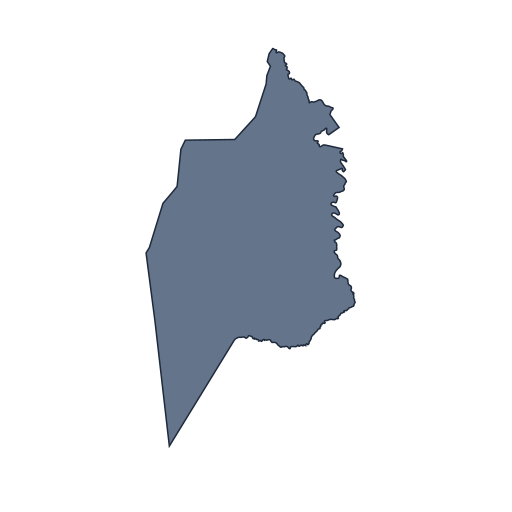 the district of San Pedro Sula, Cortés, Honduras, rotated 284°
{"feature_id": "27666195B7809661399251", "entity_name": "San Pedro Sula", "entity_type": "district", "adm_level": 2, "iso_a3": "HND", "parent_name": "Honduras", "parent_adm1": "Cortés", "projection": "robinson", "projection_center": [-88.073, 15.5], "detail": "fine", "context": "isolated", "style": "filled", "palette": "slate", "viewbox_px": 512, "rotation_deg": 284, "n_neighbors": 0, "source": "geoboundaries", "source_scale": "gbopen_adm2", "svg_char_len": 6170}
<svg xmlns="http://www.w3.org/2000/svg" viewBox="0 0 512 512"><g transform="rotate(284 256 256)"><path d="M461.3,222.0L455.5,219.8L447.4,219.9L443.6,224.1L433.7,222.9L425.3,224.2L391.0,221.8L363.9,207.2L351.3,159.4L341.5,157.3L304.5,162.6L299.6,160.4L284.6,153.0L238.5,150.5L232.3,148.6L168.4,173.7L50.6,217.9L168.5,255.1L170.6,256.0L172.6,258.3L173.2,259.7L173.5,261.4L174.4,263.3L174.6,264.2L173.8,265.8L173.9,266.4L174.5,266.9L174.8,267.4L175.7,267.8L176.7,268.0L177.1,268.5L176.9,269.9L176.8,271.5L176.5,271.9L175.4,272.7L175.2,273.2L175.2,273.4L175.8,274.1L175.0,274.5L175.1,274.9L175.7,275.8L175.6,276.1L175.1,276.6L175.4,277.6L175.4,278.0L175.1,278.5L174.2,279.0L174.1,279.3L174.3,279.7L174.9,280.0L175.1,280.4L174.5,281.7L174.5,282.0L175.1,282.5L176.1,282.6L176.5,283.5L176.9,283.8L176.9,284.1L176.3,284.4L176.2,284.7L176.9,285.4L176.9,286.9L178.0,288.7L178.1,289.4L177.9,290.4L176.7,291.3L176.0,292.5L176.6,294.4L176.7,295.4L176.7,296.1L176.0,297.6L175.2,298.4L173.5,301.8L173.6,302.5L174.3,302.8L174.3,303.6L174.7,304.7L174.7,305.3L175.4,306.3L175.5,307.2L175.7,307.9L175.5,308.8L174.4,310.2L174.2,311.1L174.4,311.4L174.8,311.6L175.9,311.5L176.4,311.8L176.9,312.9L177.4,315.3L177.6,316.6L178.3,317.4L179.6,318.2L178.9,319.3L178.9,319.9L179.0,320.1L180.0,320.8L180.5,321.4L180.5,321.7L180.1,322.8L180.4,323.5L181.0,323.4L181.2,323.6L181.3,324.1L181.1,325.1L181.6,325.5L181.3,325.9L182.4,325.8L183.0,326.2L183.1,326.7L182.5,327.7L182.7,328.0L183.4,328.4L184.3,328.6L185.7,328.3L186.4,328.8L189.0,329.5L190.9,329.3L192.0,329.8L192.9,330.0L193.7,330.9L195.5,331.7L198.2,333.4L200.0,334.0L201.1,335.6L202.3,335.3L203.2,335.9L204.3,335.5L204.7,335.5L205.3,336.5L205.7,336.6L206.5,336.5L206.9,336.7L207.1,337.3L207.1,338.5L207.7,339.2L208.1,339.2L208.5,338.7L209.0,338.3L209.7,338.3L210.1,338.8L210.8,341.0L212.2,342.7L212.4,343.7L212.8,344.4L212.9,346.3L213.1,347.2L213.4,347.9L214.9,349.3L214.8,350.3L215.0,350.6L215.7,351.0L216.6,350.4L217.2,350.4L219.2,351.9L220.8,352.2L222.1,354.1L223.1,355.3L223.5,355.2L223.7,354.6L224.0,354.6L224.2,354.8L224.5,355.2L224.8,356.7L225.1,357.3L226.5,357.8L227.2,358.7L228.1,358.8L229.2,360.6L230.3,361.8L230.8,362.7L231.9,362.8L232.2,363.0L232.9,362.8L235.0,363.4L235.6,363.1L235.9,362.6L236.2,362.5L237.6,362.1L238.8,360.9L240.1,360.8L242.0,360.0L242.9,360.0L242.6,359.3L242.8,359.1L243.4,359.1L243.7,359.0L244.2,359.3L244.5,357.8L245.6,356.4L246.1,356.3L248.0,356.4L249.1,355.9L249.8,355.3L250.6,353.0L251.1,352.5L253.0,351.4L254.6,351.1L255.7,350.5L256.7,346.8L256.9,345.2L257.5,343.7L257.7,342.6L257.6,342.0L257.4,341.7L256.8,341.6L256.1,341.9L255.0,341.8L254.4,341.4L254.1,340.9L253.7,339.3L253.7,338.1L254.1,337.4L255.6,336.8L258.0,336.5L259.8,336.8L261.2,337.3L263.6,338.5L265.8,340.1L268.1,340.4L268.9,340.3L270.4,339.6L271.9,338.5L273.5,336.0L275.5,335.2L276.5,334.4L277.7,332.1L278.9,330.9L279.4,330.8L280.0,330.9L280.5,331.4L281.0,332.5L281.6,332.8L282.1,332.8L284.2,332.1L286.5,331.6L287.4,331.2L288.4,330.3L288.9,328.9L290.2,328.2L290.6,328.6L290.7,329.0L291.2,329.5L293.0,331.2L293.7,332.4L294.8,332.7L296.0,332.8L297.2,332.0L297.8,331.3L298.8,329.6L299.4,327.5L300.2,326.2L300.6,326.0L301.4,326.2L302.7,327.0L303.7,327.6L304.3,328.2L304.5,328.8L304.3,331.9L304.5,332.5L305.6,333.1L307.0,333.3L308.1,332.2L309.7,329.8L311.3,325.2L312.3,323.5L313.3,320.4L313.7,319.8L314.4,319.4L315.0,319.4L315.8,319.8L316.3,320.4L316.6,321.3L316.6,322.2L315.7,325.5L315.9,326.1L316.3,326.5L316.9,326.7L317.5,326.6L318.2,326.3L320.5,324.3L322.0,322.6L322.8,322.0L323.0,321.1L323.0,320.0L323.7,316.8L324.0,316.4L324.5,316.2L325.7,316.4L326.7,317.3L327.1,318.3L326.8,320.1L327.2,320.7L327.9,321.0L331.1,321.2L332.2,321.1L332.9,320.8L333.4,320.2L333.6,319.3L333.4,318.8L332.9,318.2L332.8,317.4L333.5,316.7L334.0,316.7L336.1,317.6L336.6,317.9L337.0,318.5L337.8,321.1L338.3,322.0L339.3,323.2L340.4,324.9L341.6,325.5L342.8,325.3L344.8,324.2L345.1,324.1L347.1,324.9L348.2,324.9L349.9,325.7L350.3,325.6L351.8,324.3L352.6,323.5L354.7,319.5L355.8,316.2L356.7,314.1L357.1,313.6L357.6,313.3L358.1,313.4L358.6,313.8L359.5,315.2L361.8,318.0L361.6,318.6L360.1,318.9L359.1,319.9L358.9,320.4L359.2,320.8L361.2,321.9L361.6,321.9L364.4,319.0L367.4,315.5L368.2,315.1L369.4,314.8L370.3,314.9L370.5,315.3L369.9,316.7L370.0,318.8L369.3,320.4L369.5,321.0L370.1,321.0L370.7,320.4L371.9,318.8L372.8,317.9L373.4,316.8L375.3,316.3L377.1,315.3L377.1,314.9L376.3,314.3L376.0,313.7L376.1,313.1L376.6,312.6L377.1,312.4L377.6,312.4L378.9,313.8L380.9,314.0L380.4,295.9L380.1,294.8L379.7,294.1L377.7,292.2L377.6,291.6L377.7,291.1L378.0,290.8L379.1,290.5L379.6,290.0L379.8,289.6L380.0,288.6L380.3,288.2L380.6,288.2L381.9,288.6L382.6,288.3L382.6,287.7L382.1,285.8L382.1,285.4L382.7,284.1L383.3,283.6L384.2,283.5L385.6,283.6L387.2,284.0L388.1,284.4L388.8,285.2L389.7,287.4L390.6,288.6L390.9,288.8L392.2,289.1L392.7,289.4L393.4,290.0L394.9,291.8L395.3,292.1L396.1,292.3L396.6,292.7L397.0,293.5L396.8,293.8L393.2,294.5L392.4,295.0L391.9,295.6L391.9,296.0L391.5,296.3L391.3,297.3L400.8,305.5L411.1,293.5L411.7,293.4L412.7,293.7L414.3,293.6L414.8,293.8L417.0,295.0L417.6,295.1L418.1,295.0L418.3,294.7L418.4,292.6L418.9,290.7L418.9,289.5L418.6,287.9L418.9,286.6L419.7,285.3L422.3,282.8L423.0,281.7L423.1,281.0L423.0,280.1L422.7,279.3L420.6,277.0L420.3,276.3L419.3,274.9L419.2,274.5L419.3,272.9L418.8,272.0L417.8,271.1L417.7,270.6L418.1,270.3L419.8,269.9L421.1,268.7L422.8,268.0L424.9,266.3L426.7,265.9L427.8,264.5L428.7,263.9L429.3,262.3L430.5,261.9L431.1,261.3L432.2,259.4L434.7,256.1L435.2,253.5L435.3,251.6L436.7,250.2L436.6,249.8L435.8,248.9L435.7,248.4L435.9,247.9L436.9,247.4L437.0,247.1L436.9,246.7L436.3,246.3L435.8,245.7L435.9,245.2L436.4,244.7L439.1,243.3L439.8,243.1L440.0,243.1L440.9,244.1L441.6,244.2L442.3,244.1L442.9,243.7L443.3,243.2L444.1,240.8L444.3,240.4L445.9,240.7L446.9,240.5L447.2,240.0L447.7,238.6L447.9,238.4L448.3,238.4L449.2,239.3L449.6,239.4L449.9,239.2L450.2,238.6L450.6,237.1L451.1,236.6L454.8,235.2L456.7,235.6L457.2,235.5L457.6,235.1L459.2,232.7L459.6,229.7L459.5,228.6L458.4,227.2L458.2,226.5L458.4,226.3L458.7,226.1L460.6,226.2L460.9,226.0L460.8,224.1L461.4,222.6L461.3,222.0Z" fill="#64748b" stroke="#1e293b" stroke-width="1.5"/></g></svg>